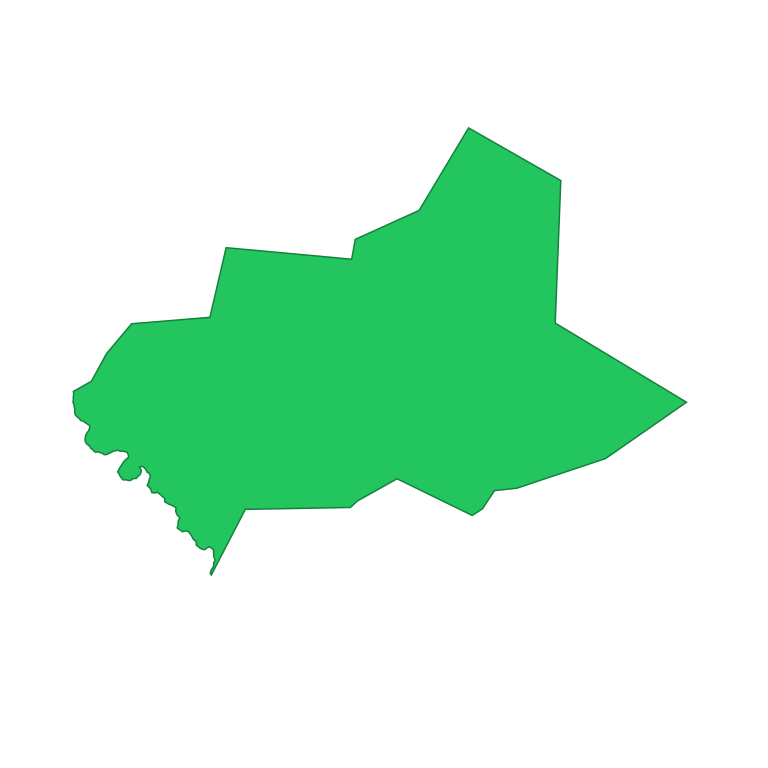 Divisaderos, Sonora, Mexico, rotated 140°
{"feature_id": "50627088B51411213680248", "entity_name": "Divisaderos", "entity_type": "district", "adm_level": 2, "iso_a3": "MEX", "parent_name": "Mexico", "parent_adm1": "Sonora", "projection": "albers", "projection_center": [-109.248, 29.625], "detail": "fine", "context": "isolated", "style": "filled", "palette": "green", "viewbox_px": 768, "rotation_deg": 140, "n_neighbors": 0, "source": "geoboundaries", "source_scale": "gbopen_adm2", "svg_char_len": 5847}
<svg xmlns="http://www.w3.org/2000/svg" viewBox="0 0 768 768"><g transform="rotate(140 384 384)"><path d="M213.7,320.6L117.8,426.2L154.6,525.8L245.5,494.4L313.0,513.3L327.2,501.5L328.6,500.4L417.3,589.9L474.5,547.0L538.6,592.4L576.8,585.7L606.4,574.2L626.3,577.9L626.6,578.0L628.5,575.4L630.2,574.0L631.5,572.3L632.7,571.1L633.5,570.4L634.1,569.8L634.3,569.0L634.7,567.5L635.9,565.8L637.0,563.5L638.2,562.2L639.6,560.2L640.2,559.1L640.3,558.9L640.1,558.1L640.3,556.6L640.1,555.5L639.8,554.4L639.7,553.2L639.7,552.2L639.8,551.4L639.7,550.7L639.0,550.0L638.5,549.3L638.1,548.0L637.7,546.5L637.4,545.2L636.7,543.2L636.4,542.0L636.4,541.6L636.8,540.6L637.6,539.6L639.3,538.7L640.1,538.1L640.3,538.0L641.0,537.9L642.1,537.8L644.3,537.0L646.2,535.9L646.9,535.3L647.7,534.7L648.2,534.2L648.4,533.9L649.0,533.2L649.4,532.6L649.6,532.3L649.9,531.4L650.1,530.8L650.2,530.3L650.2,529.0L650.1,528.4L649.7,526.6L649.5,525.2L649.6,524.8L649.9,523.7L649.9,523.2L649.7,522.3L649.4,520.9L649.3,520.5L649.3,520.2L649.3,519.0L649.3,518.5L649.3,518.3L649.1,517.8L649.0,517.6L648.8,517.3L648.4,517.0L648.2,516.8L646.3,515.6L646.1,515.2L646.0,514.9L645.9,514.6L645.8,514.1L645.7,514.0L645.6,513.8L644.6,512.7L644.1,511.2L643.9,510.2L643.8,509.9L643.4,509.4L642.2,508.5L641.9,508.3L640.5,507.9L639.3,507.5L635.8,506.8L634.3,506.4L633.6,506.0L632.9,505.6L630.9,504.6L630.2,503.9L629.9,503.6L629.8,503.3L629.7,502.8L629.5,502.4L629.3,502.1L628.9,501.8L627.6,500.9L626.6,499.8L625.9,498.7L625.2,497.4L625.0,497.2L624.8,496.3L624.8,495.8L625.0,495.2L625.2,494.6L625.5,494.2L625.7,493.6L626.2,492.8L626.6,492.3L626.8,492.2L627.1,492.1L627.5,492.0L628.4,492.1L628.9,492.1L630.8,492.1L632.5,491.9L634.4,491.5L636.1,490.9L637.9,490.4L638.7,490.1L638.9,490.0L639.6,489.9L639.9,489.8L641.4,489.2L642.6,488.5L643.5,488.4L643.9,488.3L644.1,488.2L644.4,488.0L644.6,487.7L644.7,486.7L644.8,485.4L644.8,485.1L644.9,484.5L645.4,483.1L645.4,482.8L645.5,482.0L645.5,480.8L645.5,480.0L645.5,479.3L645.4,478.3L645.3,478.1L645.2,477.9L644.2,477.3L643.5,476.6L642.9,476.0L642.2,475.1L642.0,474.7L641.8,474.4L641.5,474.1L641.2,473.8L640.6,473.3L640.1,473.1L639.5,472.9L639.2,472.9L638.4,472.9L637.1,472.6L636.9,472.5L636.3,472.3L635.7,471.9L635.2,471.4L634.8,471.1L634.6,471.0L634.2,471.0L632.4,471.3L631.8,471.4L630.5,471.3L629.9,471.3L629.1,471.5L628.8,471.6L626.5,472.8L626.1,473.2L626.0,473.4L625.4,474.1L625.1,474.7L624.8,476.2L624.9,477.0L624.9,477.3L624.7,477.5L624.1,477.6L623.8,477.5L623.6,477.3L622.7,476.5L622.5,476.3L622.2,476.0L622.0,475.8L621.9,475.6L621.8,475.3L621.6,474.9L621.5,474.3L621.5,474.0L621.4,472.0L621.5,470.9L622.0,469.3L622.1,469.1L622.1,468.8L622.1,468.6L622.0,468.3L622.0,468.2L621.6,467.8L621.6,467.7L621.5,467.4L621.5,466.3L621.6,465.5L621.6,465.2L621.8,464.6L622.1,463.9L622.4,463.4L622.6,463.3L622.7,463.1L623.7,462.6L624.7,462.1L625.0,461.9L626.0,461.2L626.7,460.4L626.8,460.3L627.0,460.2L627.5,460.1L627.8,459.9L628.2,459.6L628.6,459.4L628.9,459.2L629.2,459.2L629.3,459.2L629.8,459.0L630.3,458.7L630.5,458.6L630.6,458.4L630.6,458.1L630.4,456.7L630.4,455.3L630.3,454.8L630.2,454.5L630.2,454.3L630.2,454.1L630.2,453.8L630.3,453.5L630.6,452.9L630.8,452.3L631.2,451.2L631.3,450.8L631.5,450.5L631.6,450.3L631.7,450.1L631.6,449.9L631.4,449.7L631.2,449.4L630.5,449.0L630.3,448.8L630.2,448.6L629.9,448.5L629.8,448.3L629.7,448.2L629.7,447.9L629.4,447.6L628.9,447.4L628.3,447.4L628.2,447.4L627.7,447.1L626.9,446.1L626.9,445.9L626.9,445.7L626.9,445.2L626.8,444.7L626.5,443.6L626.2,442.0L626.2,440.8L626.1,440.0L625.8,439.1L625.6,438.5L625.6,437.7L625.8,437.0L626.2,436.4L626.5,435.9L626.7,435.7L627.1,435.5L627.3,435.3L627.5,435.2L627.6,434.9L627.6,434.6L627.5,434.2L627.5,433.7L627.3,433.4L626.9,432.8L626.7,432.3L626.4,431.1L626.3,430.8L626.2,430.6L626.0,430.1L625.4,429.1L625.1,428.8L624.9,428.2L624.6,427.7L624.4,426.9L623.7,425.8L623.6,425.6L623.5,425.4L623.5,425.2L623.5,424.8L623.5,424.7L623.4,424.6L623.3,424.4L623.2,424.2L623.1,423.8L623.0,423.5L623.0,423.3L623.1,422.8L623.3,422.3L623.4,422.1L623.7,421.8L624.2,421.7L624.3,421.6L625.0,420.8L625.3,420.4L625.4,420.2L626.2,418.1L626.5,417.6L626.6,416.9L626.6,416.7L626.5,415.4L626.6,413.8L626.6,412.6L626.7,412.4L626.8,412.3L627.0,412.2L628.1,412.0L628.8,411.8L629.6,411.3L630.7,410.4L631.6,409.4L632.2,408.7L632.7,408.0L632.9,407.9L633.7,407.6L633.9,407.5L634.1,407.3L634.4,407.1L634.8,406.8L634.9,406.6L635.0,406.2L634.9,405.9L634.6,405.1L634.4,404.8L634.3,404.5L634.2,404.0L634.0,403.3L633.6,401.6L633.5,401.1L633.4,400.7L633.2,400.3L632.8,400.0L632.6,399.9L632.1,399.7L631.2,399.3L630.8,399.1L630.3,398.8L630.0,398.6L629.6,398.2L629.3,397.8L628.9,396.7L628.8,396.3L628.7,395.9L628.7,395.3L628.7,394.8L629.0,391.6L629.1,390.9L629.2,390.4L629.6,389.1L629.8,387.8L629.7,386.9L629.7,386.4L629.5,385.3L629.3,384.8L629.3,384.6L629.3,384.2L629.6,383.5L630.0,382.9L630.3,382.4L630.8,381.8L631.1,381.6L631.3,381.3L631.3,380.9L631.2,380.1L631.0,379.5L630.7,378.1L630.7,377.5L630.5,376.7L630.3,376.0L630.1,375.5L629.7,374.9L629.4,374.2L628.6,373.1L628.2,372.7L627.8,372.4L627.5,372.3L627.2,372.2L626.9,372.2L626.6,372.3L625.7,372.4L625.1,372.4L624.4,372.2L623.9,371.9L623.5,371.8L623.1,371.7L622.8,371.8L622.5,371.7L622.2,371.5L622.1,371.2L622.0,370.9L621.5,368.2L621.3,367.6L621.2,366.9L621.2,366.7L621.3,366.3L621.4,366.1L621.6,366.0L622.2,365.4L622.8,364.5L623.5,363.6L624.0,362.9L624.6,362.0L625.2,361.2L625.4,361.1L625.5,360.8L626.0,359.1L626.3,358.4L626.5,357.9L626.8,357.6L627.1,357.3L627.3,357.2L627.6,357.1L628.1,357.0L629.1,356.7L629.3,356.6L629.5,356.3L630.0,355.6L631.4,354.3L632.4,353.7L633.4,353.3L635.7,352.6L637.0,352.0L637.9,351.5L638.5,350.8L639.0,349.8L639.0,348.7L570.8,377.1L489.1,311.0L479.7,311.5L434.9,303.0L400.9,226.6L388.8,225.1L367.9,231.3L349.1,218.7L329.6,211.1L262.3,184.5L164.0,175.6L211.2,313.3L211.7,314.8L213.7,320.6Z" fill="#22c55e" stroke="#15803d" stroke-width="1.5"/></g></svg>